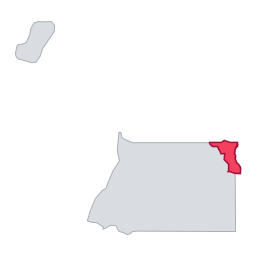 Ebebiyin, Kié-Ntem, Equatorial Guinea (highlighted)
{"feature_id": "11065452B6027875666302", "entity_name": "Ebebiyin", "entity_type": "district", "adm_level": 2, "iso_a3": "GNQ", "parent_name": "Equatorial Guinea", "parent_adm1": "Kié-Ntem", "projection": "albers", "projection_center": [11.284, 1.979], "detail": "fine", "context": "in_parent", "style": "filled", "palette": "rose", "viewbox_px": 256, "rotation_deg": 0, "n_neighbors": 0, "source": "geoboundaries", "source_scale": "gbopen_adm2", "svg_char_len": 3522}
<svg xmlns="http://www.w3.org/2000/svg" viewBox="0 0 256 256"><path d="M235.0,142.7L235.1,160.3L235.2,175.2L235.3,191.3L235.4,208.1L235.5,222.3L235.5,231.5L220.0,231.5L199.3,231.4L178.7,231.3L158.0,231.2L147.6,231.2L136.2,231.1L132.5,231.6L129.9,233.9L126.9,234.5L123.4,232.5L119.1,231.5L117.9,229.5L115.8,225.7L111.5,225.3L109.4,225.7L106.3,227.9L102.9,229.0L103.5,227.3L96.7,222.7L91.8,222.2L87.3,220.8L91.0,208.8L95.6,198.3L102.4,190.3L106.1,188.4L107.3,184.5L112.7,171.5L119.4,160.9L117.3,150.2L119.0,132.2L120.9,132.7L121.2,134.4L121.7,137.0L124.2,139.2L132.6,142.7L157.4,142.7L172.3,142.7L194.2,142.7L217.4,142.7L235.0,142.7ZM38.3,21.5L40.2,21.8L51.5,21.6L54.6,25.6L54.3,31.5L42.5,48.8L40.3,56.0L35.8,62.2L31.9,62.7L18.4,59.0L16.2,56.8L15.4,53.9L16.7,47.0L17.7,44.9L24.2,43.6L26.2,42.5L29.7,35.1L30.9,28.3L33.8,23.2L38.3,21.5Z" fill="#d9dde1" stroke="#a8b0b8" stroke-width="1"/><path d="M228.0,171.6L228.7,171.7L229.5,171.5L234.7,173.3L236.7,173.4L238.7,173.4L238.5,173.6L240.4,173.6L240.4,173.3L240.4,173.1L240.4,172.8L240.4,172.6L240.4,172.2L240.4,171.9L240.5,171.6L240.5,171.4L240.5,171.2L240.6,170.7L240.6,170.4L240.6,170.2L240.5,169.9L240.6,169.6L240.6,169.3L240.6,168.8L240.6,168.4L240.6,168.1L240.5,167.9L240.3,167.7L240.2,167.6L240.2,167.4L240.4,167.0L240.2,166.6L239.9,166.4L239.7,166.1L239.5,165.8L239.4,165.7L239.1,165.2L238.8,164.7L238.7,164.4L238.5,164.2L238.3,163.9L238.0,163.7L237.7,163.5L237.2,163.5L237.1,163.4L237.0,163.1L236.9,163.0L236.9,162.9L236.8,162.7L236.6,162.5L236.5,162.3L236.5,162.0L236.5,161.8L236.4,161.6L236.3,161.4L236.1,161.2L236.0,160.9L236.0,160.5L235.9,160.3L235.8,160.0L235.6,159.7L235.4,159.3L235.1,159.0L234.9,158.8L234.9,158.5L235.0,158.4L234.9,158.0L235.1,157.9L235.3,157.9L235.5,157.7L235.4,157.6L235.3,157.3L235.5,157.1L235.6,156.7L235.6,156.3L235.6,156.0L235.6,155.7L235.5,155.3L235.3,155.3L235.2,155.1L235.2,154.9L234.9,154.6L234.7,154.3L234.6,154.1L234.4,153.9L234.6,153.6L234.7,153.2L234.5,152.9L234.7,152.6L234.6,152.3L234.5,152.1L234.5,151.9L234.8,151.6L234.8,151.4L234.9,151.2L234.7,151.0L234.7,150.8L234.8,150.6L235.0,150.4L235.0,150.2L235.2,149.9L235.3,149.7L235.4,149.3L235.3,149.2L235.3,148.8L235.5,148.6L235.6,148.3L235.8,148.1L235.8,147.8L236.0,147.7L236.0,147.3L236.1,147.2L236.2,147.4L236.3,147.4L236.5,147.4L236.5,147.2L236.4,147.2L236.3,146.9L236.4,146.7L236.5,146.7L236.6,146.8L236.7,146.7L236.6,146.4L236.8,146.3L237.0,146.3L236.9,146.2L236.8,145.9L237.1,145.8L237.3,145.8L237.4,145.7L237.4,145.4L237.5,145.3L237.6,145.2L237.7,144.9L237.4,144.9L237.2,144.5L237.1,144.2L237.3,144.0L237.4,143.9L237.2,143.6L237.4,143.2L237.5,143.0L237.5,142.8L237.6,142.6L237.6,142.4L230.3,142.4L225.5,140.9L224.3,140.4L221.5,142.4L209.6,142.4L209.6,143.1L209.7,143.7L210.1,144.2L211.6,145.9L212.5,146.1L212.7,146.4L212.8,146.6L216.9,146.5L217.1,146.7L217.3,146.7L217.4,146.8L217.5,147.0L218.0,147.2L218.1,147.3L218.1,147.6L218.2,147.8L218.3,147.9L218.2,148.1L218.3,148.4L218.4,148.5L218.5,148.7L218.6,149.0L218.7,149.4L218.8,149.5L219.0,149.7L219.3,150.2L219.5,150.4L219.7,150.6L219.8,150.7L219.8,150.8L219.8,151.0L220.5,152.6L220.7,152.9L220.7,153.1L220.8,153.5L220.9,153.8L225.0,153.8L224.4,156.4L224.2,159.6L228.6,164.3L228.5,164.5L228.5,164.8L228.6,165.1L228.6,165.4L228.6,165.6L228.5,165.9L228.7,166.3L228.6,166.5L228.7,166.9L228.7,167.2L228.7,167.5L228.6,167.8L228.5,168.0L228.5,168.3L228.5,168.6L228.6,168.8L228.8,169.2L228.8,169.5L228.7,169.8L228.7,170.2L228.5,170.5L228.3,170.9L228.2,171.3L228.0,171.6Z" fill="#f43f5e" stroke="#9f1239" stroke-width="1.5"/></svg>